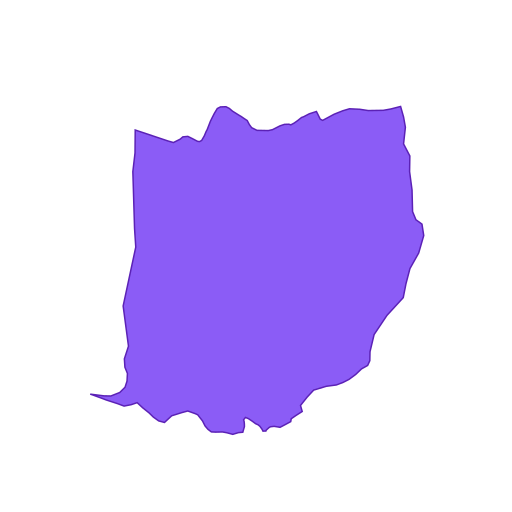 Bocaranga, Ouham-Pendé, Central African Republic, rotated 198°
{"feature_id": "33826404B56355179164788", "entity_name": "Bocaranga", "entity_type": "district", "adm_level": 2, "iso_a3": "CAF", "parent_name": "Central African Republic", "parent_adm1": "Ouham-Pendé", "projection": "mercator", "projection_center": [15.797, 6.756], "detail": "fine", "context": "isolated", "style": "filled", "palette": "violet", "viewbox_px": 512, "rotation_deg": 198, "n_neighbors": 0, "source": "geoboundaries", "source_scale": "gbopen_adm2", "svg_char_len": 1908}
<svg xmlns="http://www.w3.org/2000/svg" viewBox="0 0 512 512"><g transform="rotate(198 256 256)"><path d="M243.2,412.1L249.3,407.7L253.7,403.2L255.5,401.8L258.2,397.7L260.8,394.2L263.4,391.5L265.4,391.5L269.6,390.0L273.4,387.2L279.3,381.3L283.0,379.1L293.9,375.8L299.8,376.7L302.9,378.9L306.2,382.1L309.5,383.0L313.2,384.1L315.5,384.6L323.1,386.5L326.9,388.1L330.7,388.7L335.9,386.8L338.4,384.3L339.7,378.7L340.4,374.3L341.0,370.1L341.2,366.6L341.5,361.1L341.9,359.0L342.3,354.2L343.4,349.1L345.0,347.4L346.9,347.0L348.3,347.2L352.9,348.0L357.8,348.7L362.4,346.7L364.2,343.7L369.6,338.4L375.4,338.2L409.8,338.5L402.9,316.6L399.2,298.2L380.0,244.6L373.1,227.3L366.9,167.4L349.4,130.8L349.4,117.5L346.3,109.7L342.0,104.6L340.0,97.1L340.0,90.7L343.4,84.1L350.8,78.0L357.4,76.0L371.0,73.4L368.6,73.4L360.3,73.1L354.0,72.8L349.1,72.8L342.0,72.8L335.1,72.5L328.8,76.0L323.7,79.8L316.8,76.6L309.1,73.7L303.9,71.1L297.6,69.1L291.6,69.4L286.8,78.0L278.2,84.1L273.0,87.5L265.3,87.3L262.4,87.0L255.9,82.6L251.9,78.6L248.1,76.3L244.1,74.9L240.1,76.0L233.5,78.3L229.0,78.9L223.0,79.2L218.1,82.6L214.1,84.3L214.3,90.2L215.2,92.8L216.3,95.2L217.2,96.4L216.1,99.2L213.0,99.0L208.1,97.6L204.6,96.4L201.8,96.1L199.6,95.2L196.5,92.9L195.3,91.6L192.5,92.6L192.5,93.5L190.5,97.0L189.4,98.1L186.1,99.6L183.0,100.1L180.2,100.5L176.2,104.6L171.8,109.2L172.2,112.1L168.7,116.7L164.0,122.4L167.5,127.6L163.7,137.7L159.7,146.3L148.9,153.8L139.7,158.2L134.0,162.8L129.4,167.4L124.5,174.3L120.8,181.2L116.0,186.4L115.4,191.6L118.0,200.2L119.4,217.8L113.1,240.0L103.1,261.9L104.8,276.0L105.7,291.6L102.2,309.1L102.8,327.3L108.0,337.6L115.1,339.9L120.8,346.6L128.0,367.0L136.0,383.7L140.6,398.7L150.3,408.2L153.7,424.6L158.6,433.8L164.7,442.9L173.2,437.5L179.9,433.9L194.2,429.0L202.7,427.6L212.6,424.9L218.4,420.9L225.5,415.0L234.5,405.6L237.2,406.0L240.8,409.7L243.2,412.1Z" fill="#8b5cf6" stroke="#5b21b6" stroke-width="1.5"/></g></svg>